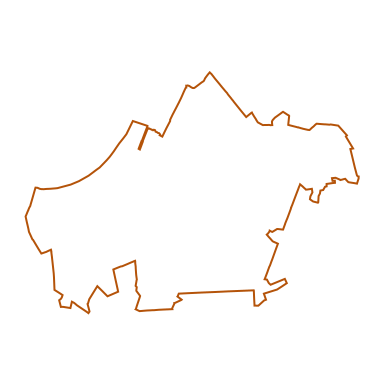 the district of Lielvārdes pag., Lielvardes, Latvia, rotated 89°
{"feature_id": "27541924B7752725645610", "entity_name": "Lielvārdes pag.", "entity_type": "district", "adm_level": 2, "iso_a3": "LVA", "parent_name": "Latvia", "parent_adm1": "Lielvardes", "projection": "mercator", "projection_center": [24.888, 56.721], "detail": "fine", "context": "isolated", "style": "outline", "palette": "amber", "viewbox_px": 384, "rotation_deg": 89, "n_neighbors": 0, "source": "geoboundaries", "source_scale": "gbopen_adm2", "svg_char_len": 5665}
<svg xmlns="http://www.w3.org/2000/svg" viewBox="0 0 384 384"><g transform="rotate(89 192 192)"><path d="M73.8,171.2L72.7,172.2L72.9,172.4L73.3,172.7L74.4,173.7L75.5,174.6L76.3,175.2L76.9,175.7L77.3,176.0L77.6,176.2L78.2,176.7L79.0,177.2L79.6,177.4L80.9,178.1L81.4,178.5L82.6,180.4L83.6,181.8L84.3,182.7L84.8,183.4L87.5,187.1L88.0,187.9L88.1,188.5L88.0,189.6L87.2,191.1L85.9,192.9L85.4,194.5L85.6,195.2L85.6,195.9L87.4,195.9L87.4,196.0L87.6,196.4L88.1,196.7L91.8,198.5L94.9,199.9L97.9,201.3L103.2,204.0L103.3,204.1L105.4,205.2L108.9,207.1L110.7,208.1L112.4,209.0L114.2,210.0L116.0,210.9L118.4,212.1L119.4,212.6L120.6,212.6L121.0,212.8L127.8,216.5L131.7,218.5L136.1,220.7L135.8,221.3L135.0,222.7L134.8,222.9L134.7,223.2L134.0,222.8L133.2,223.4L133.0,223.6L132.8,223.7L132.6,223.9L132.4,224.8L132.2,225.3L131.7,225.7L131.5,226.3L131.4,226.5L131.2,227.0L131.0,227.4L129.6,227.8L129.1,229.0L129.4,229.3L129.6,229.9L129.3,230.2L129.1,230.6L129.1,230.9L129.0,231.4L128.6,231.8L128.3,232.7L127.8,233.4L127.9,233.7L127.9,234.1L128.0,234.7L127.7,234.9L127.4,235.0L140.6,240.5L140.8,240.3L144.1,241.6L147.4,242.9L148.3,243.3L148.6,243.4L147.9,244.6L140.8,241.8L141.0,241.6L133.4,238.6L126.2,235.7L125.7,235.5L125.1,235.4L120.0,249.9L133.1,256.6L137.4,260.0L142.1,263.9L146.4,267.0L150.0,269.5L155.3,273.6L158.7,276.7L165.9,283.9L168.3,287.4L173.9,295.1L179.2,304.9L182.5,313.2L185.8,326.5L186.0,328.8L186.3,333.7L186.4,337.6L186.6,340.1L186.5,342.4L186.2,344.0L185.1,346.4L184.9,348.4L185.5,348.6L197.3,352.2L202.1,353.7L203.0,353.9L204.9,355.0L207.2,356.0L207.4,356.0L208.3,356.5L212.5,358.3L213.3,358.7L213.6,358.8L219.1,357.7L222.3,357.0L225.6,356.3L229.0,355.7L232.4,354.2L236.6,352.4L237.0,351.8L237.7,351.4L241.9,349.0L246.4,346.4L250.9,343.7L250.8,343.3L250.2,341.5L250.2,341.4L249.8,340.3L249.5,339.2L249.4,338.9L248.3,336.5L247.2,334.0L247.5,333.9L248.3,333.8L248.9,333.7L248.9,333.8L251.6,333.5L254.2,333.2L256.5,333.0L259.7,332.7L263.0,332.4L266.3,332.1L269.7,331.8L270.7,331.7L274.7,331.5L278.6,331.4L283.1,331.3L287.5,331.2L290.1,327.2L292.8,323.2L295.1,324.0L296.5,324.9L297.9,326.7L304.6,325.1L304.6,322.9L305.9,315.6L299.6,314.0L300.1,313.1L300.8,311.8L301.9,310.5L303.2,309.1L308.7,301.2L310.7,298.4L311.3,297.7L309.8,296.6L309.5,296.6L305.7,297.5L302.5,298.3L302.5,298.2L297.4,296.6L290.7,292.3L284.5,288.3L289.3,283.6L294.7,278.4L294.8,278.3L290.4,267.6L290.0,267.7L288.2,268.0L279.3,269.8L268.1,272.0L266.6,268.2L265.4,265.0L265.2,264.4L265.1,263.7L265.1,263.3L264.9,262.8L262.9,257.8L261.6,254.7L260.6,252.1L260.1,251.0L259.9,250.4L259.8,250.1L260.4,250.0L262.2,250.0L263.9,249.8L265.8,249.6L266.9,249.6L267.2,249.6L269.2,249.5L273.1,249.3L274.4,249.2L276.1,249.0L278.6,248.7L279.9,249.1L280.2,249.1L284.9,250.0L285.9,249.1L286.2,248.9L289.4,249.4L290.0,249.3L292.6,247.4L294.0,246.4L294.7,245.9L295.1,245.7L297.5,246.5L305.4,249.3L308.2,250.2L308.3,250.3L310.2,246.5L309.7,239.4L309.7,239.1L309.5,233.2L309.5,231.9L309.2,227.7L309.0,221.3L308.8,213.8L308.8,213.7L308.1,213.9L306.2,213.0L303.6,211.7L303.2,211.6L302.8,211.7L302.7,211.2L302.5,210.7L300.2,205.5L299.7,204.4L299.5,204.2L296.3,208.3L296.2,208.2L293.4,207.0L293.1,197.6L292.7,184.2L292.4,171.1L292.2,164.4L292.0,158.1L291.7,145.0L291.4,132.0L291.9,131.9L300.3,131.7L305.8,131.5L306.7,131.5L306.7,131.1L306.8,127.6L301.7,121.8L301.0,119.9L294.9,121.9L291.0,108.6L287.7,103.3L284.8,98.8L280.5,100.7L286.1,115.0L284.4,116.8L280.9,118.6L280.5,120.9L278.6,120.1L277.1,119.5L273.1,117.9L271.4,117.3L269.9,116.7L268.3,116.1L266.8,115.3L263.1,113.9L260.9,113.0L253.5,110.2L251.1,109.3L247.5,107.9L245.2,107.0L244.1,109.3L243.0,111.7L242.5,112.4L240.0,114.5L238.2,116.1L235.9,118.0L235.8,117.9L235.2,117.1L234.0,116.1L232.9,115.3L232.6,115.1L232.0,115.0L232.5,114.1L232.9,113.4L233.3,112.5L233.3,112.4L231.5,109.3L230.5,107.6L230.5,107.2L230.6,106.0L231.2,101.8L231.2,101.6L228.5,100.6L225.7,99.5L225.2,99.4L220.7,97.5L220.6,97.4L217.3,96.1L213.7,94.7L210.6,93.5L209.6,93.3L209.6,93.2L208.2,92.7L206.9,92.1L198.8,88.9L194.3,87.1L191.1,85.8L189.0,85.0L187.3,84.2L186.2,83.8L188.3,81.4L189.8,79.9L191.0,78.6L191.6,78.1L191.5,76.4L191.2,74.1L190.9,72.1L194.5,71.6L198.4,73.7L201.3,74.2L203.6,71.1L204.9,66.3L204.6,66.0L201.3,65.7L198.3,65.5L195.8,64.1L192.8,63.6L192.3,60.8L189.4,59.1L189.1,58.9L188.7,57.3L186.3,57.3L185.5,51.1L185.3,48.9L183.2,49.0L183.3,51.3L180.6,51.8L180.3,48.2L182.4,43.5L182.6,43.4L182.3,42.0L181.8,40.1L181.5,38.8L181.5,38.5L182.4,37.8L184.9,35.5L185.3,33.4L186.0,29.3L186.5,26.9L183.5,25.9L181.5,25.2L179.5,25.1L179.5,25.3L179.3,25.7L178.5,26.7L177.5,27.0L170.2,28.8L160.7,30.9L151.8,32.9L151.3,30.2L139.2,37.2L138.1,36.1L128.2,44.6L126.9,52.2L127.1,53.3L126.7,57.4L126.6,59.1L126.4,61.2L125.9,66.2L126.0,66.4L127.3,68.0L128.5,69.2L129.8,70.9L132.0,73.3L132.1,73.5L131.9,74.9L131.9,75.0L131.4,77.1L130.6,80.3L130.4,80.8L130.3,81.2L130.0,82.3L129.7,83.1L129.6,83.5L129.3,84.5L129.2,84.7L129.3,84.9L128.7,86.9L127.7,90.6L126.6,94.6L126.3,94.6L124.7,94.4L123.1,94.2L119.9,93.8L118.1,93.6L117.7,93.5L117.2,93.8L116.2,95.5L115.5,96.5L113.4,99.6L113.5,99.8L115.7,102.9L119.1,107.8L121.4,110.0L122.8,110.8L124.2,110.8L126.5,110.6L126.5,110.8L126.4,110.9L126.5,111.6L126.6,112.1L126.4,113.1L126.3,113.5L126.3,120.1L123.5,125.0L120.9,126.6L120.7,126.6L119.1,127.6L117.7,128.5L114.9,130.1L113.9,130.7L113.6,130.7L113.6,130.9L118.0,136.5L112.6,140.8L111.6,141.6L106.7,145.4L102.3,148.8L101.5,149.3L100.8,149.9L99.7,150.8L99.2,151.1L97.3,152.6L95.0,154.4L94.7,154.6L93.9,155.0L91.6,157.0L90.6,157.8L89.6,158.6L86.8,160.9L86.7,160.9L86.5,161.1L85.6,161.8L84.2,162.9L82.7,164.1L79.1,167.0L76.5,168.9L76.0,169.3L74.1,170.7L73.8,171.2Z" fill="none" stroke="#b45309" stroke-width="2"/></g></svg>